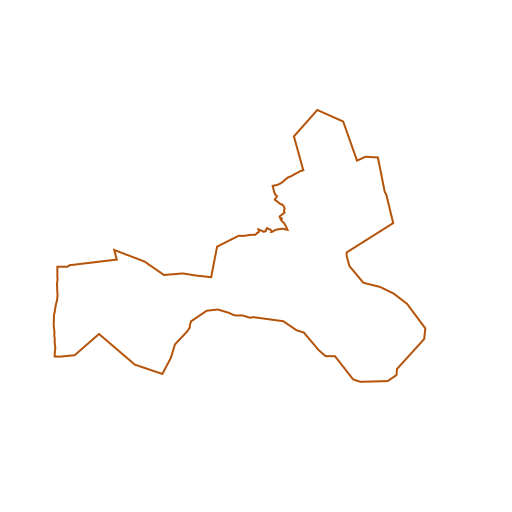 the district of Ifelodun, Osun, Nigeria, rotated 198°
{"feature_id": "59680162B54301811333050", "entity_name": "Ifelodun", "entity_type": "district", "adm_level": 2, "iso_a3": "NGA", "parent_name": "Nigeria", "parent_adm1": "Osun", "projection": "albers", "projection_center": [4.686, 7.929], "detail": "fine", "context": "isolated", "style": "outline", "palette": "amber", "viewbox_px": 512, "rotation_deg": 198, "n_neighbors": 0, "source": "geoboundaries", "source_scale": "gbopen_adm2", "svg_char_len": 2174}
<svg xmlns="http://www.w3.org/2000/svg" viewBox="0 0 512 512"><g transform="rotate(198 256 256)"><path d="M256.9,381.5L237.5,352.1L239.8,350.7L244.0,346.3L247.3,342.7L249.9,340.6L252.6,336.5L253.1,335.1L255.3,332.4L257.7,330.2L261.8,327.9L258.6,322.6L256.7,320.4L254.6,319.4L254.8,317.9L255.6,315.6L255.0,315.0L253.9,314.9L248.5,312.8L247.2,313.2L244.6,311.6L243.3,309.8L243.6,308.0L242.3,306.0L245.5,301.4L245.7,300.8L245.5,300.3L245.0,299.8L243.0,299.6L242.9,299.3L243.7,298.4L242.0,297.1L240.4,296.5L239.4,295.9L237.4,294.1L236.3,293.0L234.2,290.6L237.0,290.3L239.0,290.2L240.4,289.6L242.6,288.5L244.0,287.8L246.0,286.4L247.0,285.2L247.6,284.4L248.7,283.8L248.6,284.2L249.9,285.1L250.8,285.7L252.1,285.5L253.0,285.6L254.0,286.0L254.5,284.7L254.6,283.9L254.5,282.6L255.1,282.2L255.8,282.0L256.0,281.4L258.2,281.7L261.9,282.1L261.3,281.0L260.7,279.9L261.4,278.8L262.2,278.0L262.4,277.2L263.7,275.6L265.1,275.4L269.1,273.8L270.2,273.1L274.2,271.2L278.7,269.9L282.8,265.9L295.9,252.9L292.1,222.0L307.4,218.8L320.2,216.8L337.7,209.5L360.4,216.3L392.7,217.9L387.3,209.6L430.5,189.6L432.0,187.5L441.6,184.4L440.6,181.3L439.4,177.7L438.7,175.3L437.5,172.4L436.8,168.6L435.6,165.2L434.6,162.4L433.8,160.2L432.9,158.3L432.4,156.4L431.6,152.8L431.5,151.1L431.2,147.0L430.5,142.5L430.0,140.0L430.0,137.7L429.3,135.7L428.8,133.6L428.1,131.4L427.3,128.5L426.3,126.0L425.1,123.3L424.2,121.4L423.6,119.1L422.6,116.6L421.8,115.0L421.1,112.6L420.1,109.9L419.0,107.9L418.4,106.3L418.0,104.6L417.8,103.4L417.1,100.4L416.4,98.2L411.1,99.8L397.8,105.6L381.2,133.3L337.6,115.2L308.6,114.9L305.5,132.9L305.8,146.8L298.3,162.6L296.8,167.7L297.6,169.8L297.5,173.9L286.0,188.7L275.8,193.3L264.5,193.6L258.8,192.9L256.6,193.3L250.3,195.3L242.9,195.4L239.6,197.0L233.1,198.2L211.6,202.1L210.3,202.5L194.4,197.9L186.9,198.0L167.4,185.9L158.9,182.3L149.9,185.1L125.6,168.7L117.9,168.6L92.2,177.7L85.6,186.1L87.0,192.1L70.4,229.0L72.6,239.5L97.6,257.2L113.5,262.8L128.5,264.9L145.6,263.7L164.0,275.3L169.9,284.2L170.8,287.3L170.8,287.5L135.7,329.7L151.0,354.6L153.4,356.8L170.5,387.4L182.6,384.2L189.4,377.9L214.6,410.8L242.8,413.8L256.9,381.5Z" fill="none" stroke="#b45309" stroke-width="2"/></g></svg>